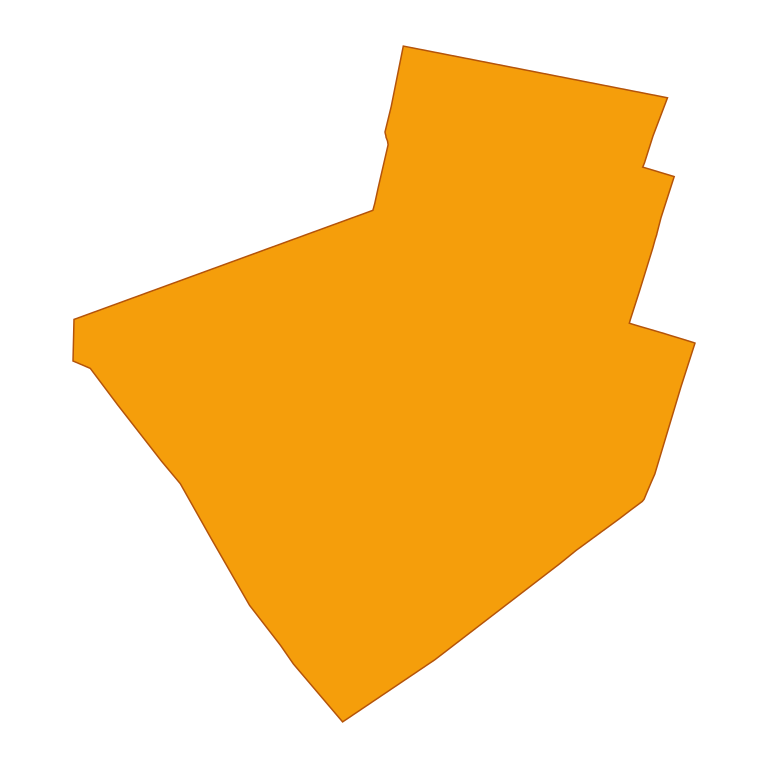 Al-Zohour, Egypt (orthographic projection)
{"feature_id": "37247803B87412130883557", "entity_name": "Al-Zohour", "entity_type": "district", "adm_level": 2, "iso_a3": "EGY", "parent_name": "Egypt", "parent_adm1": "", "projection": "orthographic", "projection_center": [32.271, 31.265], "detail": "fine", "context": "isolated", "style": "filled", "palette": "amber", "viewbox_px": 768, "rotation_deg": 0, "n_neighbors": 0, "source": "geoboundaries", "source_scale": "gbopen_adm2", "svg_char_len": 931}
<svg xmlns="http://www.w3.org/2000/svg" viewBox="0 0 768 768"><path d="M576.1,550.4L601.6,531.7L619.0,519.0L630.5,510.2L642.3,501.4L643.2,500.3L644.1,499.2L645.9,494.8L651.4,481.8L654.8,474.1L681.0,386.7L695.0,343.1L693.1,342.4L691.1,341.8L676.2,337.2L670.2,335.4L665.1,333.8L655.3,330.9L645.7,328.1L640.5,326.6L634.1,324.7L629.3,323.2L630.5,319.1L639.2,292.0L652.8,248.0L655.1,239.6L656.7,234.7L657.0,233.2L657.4,231.7L661.0,217.7L674.2,176.6L642.7,167.1L643.7,164.8L644.6,162.5L653.0,136.0L667.5,97.8L403.3,46.1L391.2,106.6L385.0,132.0L385.4,134.1L385.6,134.6L385.8,135.4L385.9,135.9L386.0,137.2L386.8,139.2L387.5,141.0L387.8,142.9L388.1,144.8L378.2,187.7L374.8,203.3L372.9,210.3L74.0,319.4L73.0,361.0L90.3,368.4L117.6,404.8L161.6,461.3L180.3,483.7L190.1,501.1L211.1,538.4L249.6,605.4L280.4,645.2L293.5,664.1L342.6,721.9L403.9,680.6L434.9,659.7L560.5,563.1L576.1,550.4Z" fill="#f59e0b" stroke="#b45309" stroke-width="1.5"/></svg>